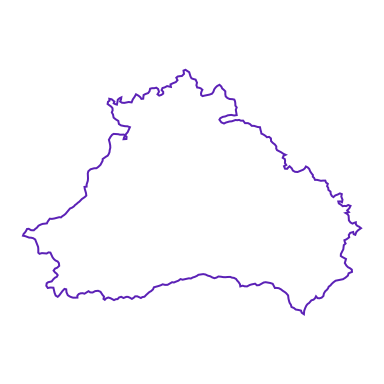 outline of São João del Rei, Minas Gerais, Brazil
{"feature_id": "56859067B59074018278949", "entity_name": "São João del Rei", "entity_type": "district", "adm_level": 2, "iso_a3": "BRA", "parent_name": "Brazil", "parent_adm1": "Minas Gerais", "projection": "albers", "projection_center": [-44.281, -21.238], "detail": "fine", "context": "isolated", "style": "outline", "palette": "violet", "viewbox_px": 384, "rotation_deg": 0, "n_neighbors": 0, "source": "geoboundaries", "source_scale": "gbopen_adm2", "svg_char_len": 5946}
<svg xmlns="http://www.w3.org/2000/svg" viewBox="0 0 384 384"><path d="M341.8,194.1L339.9,193.4L337.8,194.5L335.3,195.4L333.4,197.1L331.8,195.9L330.7,193.8L330.5,191.6L328.4,189.9L328.2,187.8L327.1,186.2L327.8,183.8L326.0,182.5L325.3,180.6L323.0,180.6L320.9,180.8L317.2,179.9L315.0,179.9L314.1,177.9L312.8,176.7L312.9,175.0L311.7,173.6L310.2,171.4L309.2,168.9L307.8,167.5L305.9,166.5L304.7,168.5L303.2,169.7L297.6,172.0L295.0,171.8L292.9,170.6L291.7,168.3L289.6,166.3L288.3,167.4L287.2,168.8L285.0,168.7L284.0,166.2L286.2,165.0L284.9,163.0L285.1,160.8L284.8,159.1L282.7,157.8L283.5,155.8L285.6,154.8L283.4,153.8L281.2,152.3L277.0,150.1L276.2,148.5L276.3,146.4L274.9,144.5L272.7,142.8L271.1,141.1L270.9,138.4L269.1,136.9L266.9,137.2L265.5,135.9L263.4,134.5L261.4,133.6L261.1,131.8L260.6,130.2L260.0,127.2L257.7,127.0L254.2,125.9L251.7,125.8L250.0,124.1L247.9,123.1L245.0,123.1L243.1,120.6L240.9,120.7L239.1,119.9L237.3,120.2L235.5,120.0L231.8,121.3L229.5,121.5L226.0,122.5L224.0,123.5L221.4,122.4L219.4,119.7L220.3,118.2L222.7,116.9L225.4,116.4L227.9,115.3L231.3,114.9L234.2,115.5L236.7,115.1L235.8,109.8L236.7,107.4L235.4,105.7L235.3,103.2L235.0,101.2L234.3,99.6L232.6,99.2L229.6,99.0L227.4,98.0L225.7,96.4L225.3,94.2L225.3,91.3L223.7,89.7L222.2,88.5L221.3,86.5L219.5,84.8L217.2,86.0L215.6,87.5L214.2,89.4L213.4,91.8L212.0,93.7L209.5,94.6L204.6,95.6L202.6,96.1L201.2,95.1L201.0,93.3L201.5,91.5L202.4,89.8L200.8,88.4L199.3,87.8L197.2,87.5L196.4,85.2L197.0,82.7L195.6,79.6L193.3,79.0L191.5,78.3L190.5,76.5L189.2,72.2L187.1,70.9L185.5,69.8L183.5,70.6L184.0,73.9L181.9,76.0L179.5,76.2L177.7,76.5L176.3,77.7L177.5,80.2L175.8,82.1L172.8,83.3L170.5,84.4L170.9,86.9L167.1,86.1L164.7,87.4L162.5,88.0L161.6,90.1L163.2,91.8L163.2,93.6L161.4,94.9L159.2,95.6L157.5,94.3L159.0,91.8L158.1,89.0L156.3,87.7L154.3,88.2L152.1,88.2L150.1,88.7L149.5,91.3L148.1,93.1L145.5,94.0L143.6,95.0L143.2,98.7L141.4,98.9L140.3,97.2L138.5,95.7L136.0,94.3L134.6,96.8L132.8,99.4L131.6,102.4L128.7,102.0L124.3,102.9L121.9,102.7L120.1,101.5L121.0,99.5L121.3,97.4L119.6,98.2L117.8,99.7L117.5,101.7L116.9,104.6L115.2,104.1L113.7,103.3L114.4,101.6L111.7,99.3L109.3,98.8L109.5,100.7L108.0,101.8L107.6,104.0L111.3,106.7L112.5,108.2L112.6,110.5L111.8,112.4L113.0,114.5L113.6,117.6L115.8,119.4L118.3,120.9L118.9,124.0L121.0,125.4L125.0,126.2L127.4,126.3L129.9,127.2L127.6,132.3L126.1,133.9L125.3,135.7L123.9,134.6L120.1,134.7L118.2,134.2L113.6,133.9L112.1,134.8L110.5,136.9L108.9,139.8L109.7,142.8L110.2,145.4L110.3,147.8L109.7,150.2L109.5,152.1L108.7,154.1L107.7,155.7L106.1,156.6L102.7,159.0L102.6,160.8L100.5,164.8L98.4,166.8L96.5,168.2L94.0,168.3L90.5,169.3L88.3,171.3L87.8,173.4L88.0,178.5L87.8,180.8L86.6,184.5L86.6,186.6L84.5,186.9L84.8,189.0L86.0,193.1L86.3,195.6L84.7,197.1L81.8,199.1L79.3,201.7L77.9,202.7L76.5,204.0L75.1,205.0L73.9,206.4L72.0,207.7L70.0,208.5L65.5,213.9L63.9,215.2L62.3,216.2L61.0,217.4L59.2,217.2L54.3,218.5L51.8,218.9L49.8,218.7L47.7,221.6L46.9,223.4L42.6,223.9L40.7,224.6L38.5,225.7L36.9,227.7L35.3,228.9L33.8,230.3L31.1,230.2L28.7,228.8L27.0,229.0L26.0,231.0L24.9,232.6L23.7,233.8L23.0,235.7L25.4,236.2L29.1,237.6L31.1,237.7L33.2,238.2L35.2,239.5L38.1,246.9L38.3,248.9L38.3,252.7L39.5,253.8L41.9,253.1L46.7,253.5L48.5,252.4L50.4,252.6L52.6,257.4L54.0,259.2L55.5,260.5L57.7,261.5L58.9,263.2L59.2,265.8L57.2,267.7L55.0,268.6L53.6,270.6L55.1,272.5L56.5,273.5L57.7,275.1L56.8,276.8L55.0,277.7L53.3,279.3L51.7,281.4L48.2,282.2L46.7,283.3L46.3,285.8L47.8,288.0L50.4,287.5L53.4,287.7L54.6,292.9L55.7,295.6L57.7,296.8L59.3,295.3L62.5,291.0L64.5,288.9L66.2,289.3L66.5,292.3L67.8,295.2L69.8,296.5L71.5,297.2L73.2,297.7L77.4,297.6L77.4,295.6L78.8,294.0L80.7,293.3L82.7,293.2L84.5,293.7L88.5,291.2L90.3,292.4L92.6,292.5L95.2,291.1L98.1,290.8L100.5,291.8L102.6,295.0L104.0,296.6L103.5,298.9L104.8,299.8L106.1,298.4L108.3,297.5L110.5,298.2L114.0,300.1L115.9,299.2L117.6,299.1L119.0,297.5L121.2,296.8L123.5,298.0L126.2,296.9L128.0,296.9L129.7,297.6L131.9,298.9L133.9,297.6L135.2,296.3L137.2,296.3L140.9,298.0L142.3,297.1L144.5,296.7L146.1,295.0L149.3,292.1L151.1,291.1L153.0,289.4L153.9,287.3L158.6,286.0L160.9,285.2L162.7,284.3L165.1,284.9L167.6,284.8L172.1,282.2L173.9,282.5L176.0,281.6L178.4,280.7L180.5,279.1L182.6,279.7L188.9,278.3L190.9,278.5L192.7,277.5L194.7,276.9L196.9,275.9L198.4,274.8L203.2,274.1L205.5,274.5L207.7,275.6L210.3,276.3L212.2,277.4L214.4,278.2L216.5,277.6L218.4,276.5L220.8,276.7L223.1,277.1L225.3,277.2L227.5,277.0L230.2,276.9L231.9,277.6L234.0,277.9L236.1,279.0L237.1,280.5L238.6,282.1L240.0,284.3L240.3,286.4L242.7,285.7L244.6,286.3L247.1,286.4L249.7,285.0L251.7,284.4L255.1,283.7L256.9,285.3L259.1,285.1L263.7,282.5L265.7,282.2L270.3,283.0L272.7,283.8L274.9,288.0L276.6,287.9L278.8,288.2L280.9,289.3L282.8,290.8L284.7,292.0L286.1,293.1L288.1,295.4L288.5,298.7L289.0,300.8L289.6,302.8L290.9,304.8L291.5,307.0L293.9,308.0L295.7,309.5L298.6,310.0L301.0,310.6L301.7,312.7L303.9,314.2L304.2,310.8L305.3,307.8L306.4,305.5L307.6,304.0L309.1,303.0L311.4,300.3L313.5,299.7L315.0,298.3L316.0,296.3L317.5,298.1L319.4,298.3L321.6,297.7L323.4,296.0L323.9,293.5L325.2,291.3L326.9,289.8L328.0,288.4L328.7,286.7L330.5,285.4L331.6,284.0L333.3,282.4L335.6,280.7L343.0,279.2L345.4,277.7L347.9,275.6L348.6,273.3L352.0,271.9L351.8,269.6L349.8,268.1L348.1,267.3L346.4,265.6L344.8,263.0L346.0,259.0L342.3,257.0L340.8,256.0L340.9,254.0L343.3,249.3L343.8,245.1L345.6,243.5L344.8,242.0L344.4,240.2L346.5,239.3L349.2,237.3L348.8,235.0L350.2,232.9L353.2,232.0L353.7,234.2L355.3,234.8L356.3,232.1L357.9,230.4L361.0,228.2L359.1,226.7L357.2,225.8L355.9,224.4L355.8,222.3L354.0,222.9L352.5,223.6L350.5,222.5L348.9,220.4L348.6,215.7L347.6,214.2L345.6,213.0L348.8,212.1L347.2,210.4L349.3,208.3L350.5,205.9L348.2,205.0L346.2,206.1L344.4,205.9L342.7,206.2L341.1,204.8L338.8,203.4L338.3,201.5L340.2,201.4L342.0,202.2L342.5,199.7L341.3,196.6L341.8,194.1ZM125.3,135.7L126.6,136.8L126.4,139.0L123.6,139.2L124.1,137.3L125.3,135.7Z" fill="none" stroke="#5b21b6" stroke-width="2"/></svg>